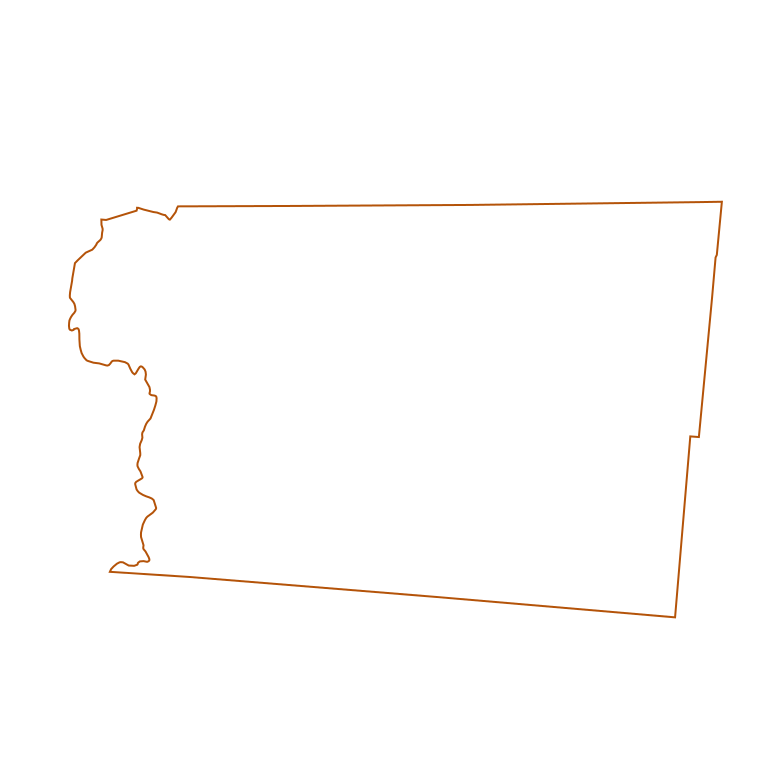 Imperial, California, United States of America, rotated 185°
{"feature_id": "52423323B37240473864365", "entity_name": "Imperial", "entity_type": "district", "adm_level": 2, "iso_a3": "USA", "parent_name": "United States of America", "parent_adm1": "California", "projection": "equal_earth", "projection_center": [-114.69, 33.026], "detail": "fine", "context": "isolated", "style": "outline", "palette": "amber", "viewbox_px": 768, "rotation_deg": 185, "n_neighbors": 0, "source": "geoboundaries", "source_scale": "gbopen_adm2", "svg_char_len": 2606}
<svg xmlns="http://www.w3.org/2000/svg" viewBox="0 0 768 768"><g transform="rotate(185 384 384)"><path d="M640.7,173.0L561.4,174.8L313.9,176.4L73.7,176.9L74.3,358.5L65.7,358.6L64.7,498.9L64.7,539.0L63.7,541.6L63.3,595.0L86.5,592.6L313.6,569.9L494.9,553.0L604.7,543.0L605.4,541.5L606.2,538.4L606.6,537.0L610.1,531.2L611.6,529.1L612.0,529.1L612.8,529.5L616.7,533.2L618.4,533.3L620.7,533.8L621.3,534.0L625.0,535.0L628.4,535.2L628.6,535.2L638.6,536.8L644.2,538.1L645.2,538.0L645.3,538.0L645.2,537.5L645.6,535.1L675.1,523.2L679.9,523.2L679.3,517.9L677.9,514.3L677.7,512.9L678.0,510.0L678.0,505.5L678.3,504.3L679.1,502.8L681.7,500.0L682.4,499.0L682.6,498.0L684.3,495.0L686.3,492.4L691.6,489.4L691.8,489.3L692.6,488.8L699.7,480.8L702.4,477.5L703.7,462.1L703.7,459.8L703.7,459.7L704.7,448.1L704.7,444.9L704.5,443.0L704.2,442.3L700.5,438.4L699.4,436.8L698.5,434.4L697.7,430.8L697.8,429.9L698.7,428.0L700.4,425.7L701.6,423.5L702.3,421.8L702.9,419.9L703.0,417.6L702.9,414.4L702.3,411.6L701.6,410.7L699.6,410.1L697.9,410.9L697.6,411.7L694.7,412.8L694.1,412.8L693.0,411.9L692.5,410.6L691.9,407.6L691.3,401.7L690.3,395.2L689.1,391.5L687.9,388.4L685.8,385.1L684.4,383.5L683.8,383.0L682.4,381.7L681.1,381.2L675.3,379.9L669.5,379.7L662.3,378.3L661.0,378.3L659.7,378.9L658.5,380.4L657.2,382.6L656.4,383.3L655.3,383.7L650.9,384.1L644.0,383.2L641.2,382.0L640.3,381.2L638.0,377.0L635.9,373.8L635.1,373.0L633.4,371.9L632.2,373.0L629.8,378.0L628.8,379.7L628.0,380.3L627.0,380.3L625.9,379.7L623.7,377.6L622.6,375.5L622.0,372.6L622.3,367.6L617.4,360.5L616.6,357.8L616.5,356.2L616.8,354.3L616.6,353.7L615.2,352.8L614.4,352.6L611.9,352.5L610.5,352.2L609.8,351.6L609.3,350.1L609.2,346.8L609.9,342.7L610.9,338.3L613.6,329.3L616.2,325.9L617.4,323.6L618.4,320.6L619.2,316.9L620.4,314.7L620.6,312.9L620.0,309.4L620.5,306.8L621.7,303.3L621.9,301.2L622.0,299.8L620.8,293.9L620.6,291.9L621.6,288.1L622.6,283.8L622.6,281.8L622.3,280.5L620.8,278.0L619.0,275.7L616.4,270.3L616.4,269.7L616.9,268.9L622.3,265.0L623.2,263.5L623.1,262.4L621.3,257.4L619.9,255.7L618.4,254.4L614.5,252.5L611.2,251.4L608.0,250.6L605.4,249.7L603.9,248.7L603.3,248.2L600.2,240.7L600.2,239.9L600.7,239.0L603.1,235.7L608.1,231.3L609.2,229.9L610.3,227.6L612.0,222.9L613.1,214.9L613.0,212.8L612.7,210.4L609.5,202.4L609.6,200.3L609.5,199.3L609.1,198.5L607.0,196.4L603.4,191.0L602.5,189.1L602.4,188.2L602.5,187.7L603.1,186.9L604.5,186.2L608.1,186.6L611.7,186.0L613.2,184.7L613.6,184.1L613.7,183.1L614.0,182.5L617.0,181.1L622.5,180.9L628.5,183.6L630.7,183.6L631.9,183.3L634.4,181.7L637.5,178.6L639.7,175.8L640.7,173.0Z" fill="none" stroke="#b45309" stroke-width="2"/></g></svg>